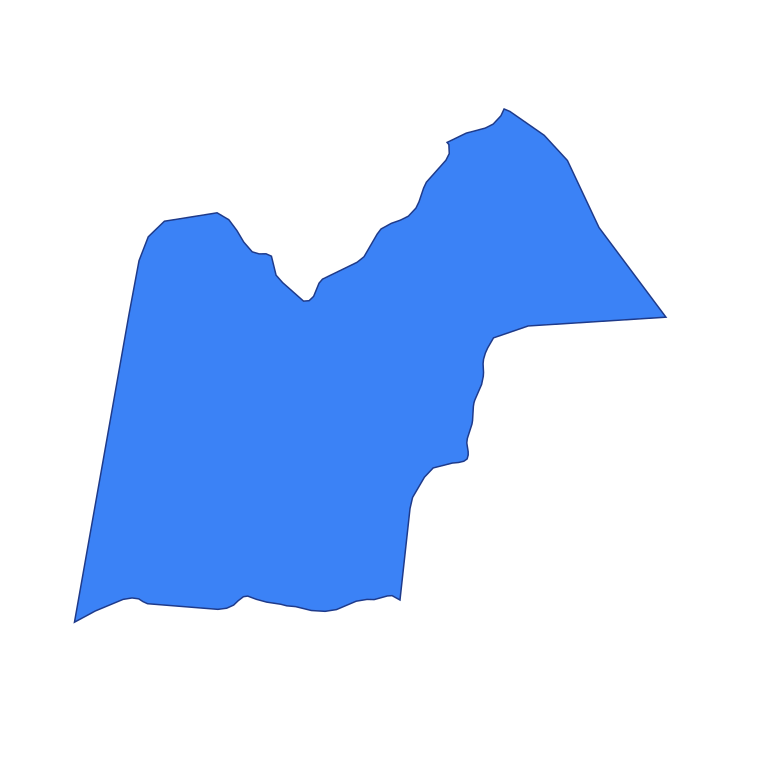 the District of Orange Walk, rotated 11°
{"feature_id": "BLZ-1326", "entity_name": "Orange Walk", "entity_type": "District", "adm_level": 1, "iso_a3": "BLZ", "parent_name": "Belize", "parent_adm1": "", "projection": "albers", "projection_center": [-88.77, 17.784], "detail": "fine", "context": "isolated", "style": "filled", "palette": "blue", "viewbox_px": 768, "rotation_deg": 11, "n_neighbors": 0, "source": "natural_earth", "source_scale": "10m", "svg_char_len": 1367}
<svg xmlns="http://www.w3.org/2000/svg" viewBox="0 0 768 768"><g transform="rotate(11 384 384)"><path d="M125.6,676.9L122.7,501.5L120.4,364.7L120.0,309.6L124.5,284.5L129.1,277.9L137.4,266.1L187.5,247.8L200.4,252.4L210.3,261.4L219.3,271.5L229.4,279.4L236.6,280.1L243.4,278.7L249.1,280.0L257.3,297.8L265.1,303.8L289.2,318.0L294.6,316.5L298.2,311.4L301.0,297.4L303.6,292.8L334.4,269.6L340.1,262.9L348.7,238.1L351.5,232.4L360.5,224.9L368.7,220.1L375.9,214.6L381.8,205.2L383.6,198.4L385.5,184.1L387.1,177.8L402.1,152.5L404.1,145.4L402.0,136.6L399.8,134.8L416.9,122.0L434.5,113.5L441.6,108.0L447.6,98.4L449.4,91.1L455.5,92.4L493.8,109.3L521.4,129.6L565.2,189.4L648.0,264.6L514.5,299.5L482.7,317.8L478.9,328.8L477.6,334.3L477.0,340.7L477.4,345.2L479.5,353.7L480.0,357.5L479.9,365.8L476.2,382.5L475.9,385.3L476.0,388.8L477.9,403.0L478.0,406.6L476.2,421.6L476.5,426.0L479.5,434.3L480.2,437.6L479.9,441.7L477.1,444.6L472.2,446.8L466.1,448.6L448.3,457.0L441.5,467.7L433.7,489.9L433.3,501.3L440.9,593.0L432.3,590.2L427.8,591.4L415.5,597.5L408.4,598.7L398.2,602.5L380.4,614.5L369.6,618.4L355.9,620.2L339.7,619.4L330.9,620.3L324.7,619.9L310.5,620.5L299.7,619.7L290.7,618.2L286.6,619.6L282.2,624.6L278.6,629.7L272.4,634.1L264.0,636.9L193.8,644.8L188.9,643.6L184.2,641.7L177.5,642.1L169.0,645.2L143.9,661.9L125.6,676.9Z" fill="#3b82f6" stroke="#1e3a8a" stroke-width="1.5"/></g></svg>